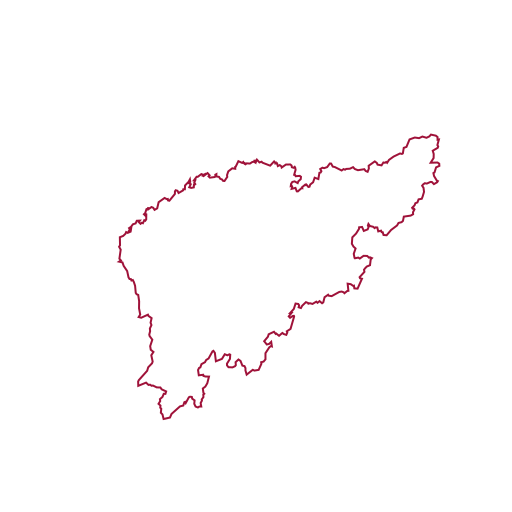 Monaghan Lea-7, Monaghan, Ireland (Equal Earth projection), rotated 296°
{"feature_id": "5873133B95060557510976", "entity_name": "Monaghan Lea-7", "entity_type": "district", "adm_level": 2, "iso_a3": "IRL", "parent_name": "Ireland", "parent_adm1": "Monaghan", "projection": "equal_earth", "projection_center": [-6.973, 54.288], "detail": "fine", "context": "isolated", "style": "outline", "palette": "rose", "viewbox_px": 512, "rotation_deg": 296, "n_neighbors": 0, "source": "geoboundaries", "source_scale": "gbopen_adm2", "svg_char_len": 6126}
<svg xmlns="http://www.w3.org/2000/svg" viewBox="0 0 512 512"><g transform="rotate(296 256 256)"><path d="M401.7,386.5L403.0,386.6L402.9,385.7L405.9,381.0L408.3,379.1L409.4,379.8L414.6,379.0L417.4,381.3L419.3,380.2L419.6,378.2L416.4,372.1L421.9,372.7L425.6,371.0L428.1,368.7L432.9,371.9L434.4,371.7L435.2,370.4L440.9,369.3L440.1,368.2L442.5,367.0L443.0,364.9L441.8,360.0L439.5,359.4L437.0,357.4L436.3,353.2L433.4,350.9L432.1,346.8L428.1,342.9L420.0,343.4L418.0,341.4L412.6,343.0L411.7,342.4L411.3,340.5L405.7,336.1L400.7,333.4L397.2,333.0L397.6,331.8L396.3,331.0L395.9,329.5L392.5,329.1L391.4,325.2L392.6,323.8L393.1,321.3L386.5,317.7L384.1,319.1L380.6,319.4L380.5,317.3L381.5,315.3L377.8,310.0L377.5,306.7L378.4,304.3L375.6,302.1L373.8,298.9L372.6,298.2L372.5,296.6L370.4,295.5L370.5,287.8L370.0,285.8L372.0,283.0L371.5,281.8L367.1,281.0L364.8,278.7L364.5,277.0L362.3,275.6L360.9,277.6L359.4,277.5L358.6,276.5L352.5,278.3L352.1,274.4L347.3,275.0L344.0,273.4L341.7,273.7L341.0,272.8L342.3,270.0L341.6,269.7L341.8,269.0L338.1,267.3L337.2,267.9L337.0,267.2L332.4,265.3L332.0,264.3L334.5,261.6L332.0,258.6L334.1,258.2L334.8,257.3L334.1,256.6L336.3,255.9L338.5,256.2L340.0,258.0L339.8,261.5L341.6,261.3L344.7,262.5L346.9,261.7L347.2,260.2L345.1,256.7L345.9,255.7L345.7,254.7L350.8,253.8L352.7,252.4L353.1,251.7L351.8,251.2L351.5,249.3L352.9,248.3L353.3,246.7L351.3,242.8L346.8,240.3L347.7,239.6L348.1,237.5L346.4,236.2L348.5,234.3L347.7,233.0L348.7,232.7L348.3,231.9L348.9,230.8L343.4,229.1L342.7,220.9L343.2,219.7L341.6,218.1L343.0,214.6L341.1,214.7L341.6,213.8L341.0,212.9L339.7,214.0L339.8,212.8L338.9,211.5L336.4,210.0L335.2,207.0L333.8,206.4L333.8,205.4L334.6,204.9L334.1,203.8L334.8,203.3L333.6,202.6L333.5,198.6L327.2,198.6L326.2,197.7L326.6,198.4L325.3,199.1L324.4,196.2L319.9,194.0L316.0,194.5L314.5,195.5L309.6,194.8L309.1,193.5L309.9,191.9L309.7,190.0L310.9,188.1L310.1,185.4L312.2,184.5L311.2,183.8L309.9,184.6L308.9,184.3L306.2,180.2L306.8,178.4L308.2,178.9L309.3,176.1L304.8,173.8L304.9,173.2L306.0,173.3L305.1,172.6L305.8,172.2L305.7,171.0L301.6,168.9L301.2,167.9L296.9,167.1L297.4,168.2L295.0,168.3L294.0,169.9L293.3,169.6L293.8,168.9L293.0,168.9L290.4,170.0L288.8,167.9L288.5,165.9L291.9,165.9L292.0,164.1L293.8,164.4L295.9,163.0L293.1,162.9L288.3,161.3L284.8,162.8L284.1,161.4L283.0,161.7L278.7,158.8L280.2,156.8L279.9,155.0L278.6,154.8L276.2,155.9L267.7,153.9L267.4,152.6L268.6,151.7L268.0,150.9L268.1,148.4L261.7,144.9L255.5,146.3L253.0,144.6L254.3,142.5L254.2,140.6L250.9,138.8L252.6,137.9L251.1,138.0L250.1,137.0L246.0,137.6L244.4,137.0L243.8,138.7L245.3,138.5L245.4,139.1L240.7,141.3L239.1,141.0L239.2,139.9L235.9,140.0L235.8,138.8L234.3,138.1L235.1,135.8L236.9,136.1L235.4,133.4L232.5,133.5L230.6,131.5L228.2,131.0L226.0,131.7L226.8,130.5L225.4,129.7L224.7,130.9L223.0,130.8L224.2,132.2L222.9,132.6L220.5,130.5L220.6,128.8L218.7,128.9L215.8,127.8L213.2,125.4L206.0,129.1L204.3,128.9L202.4,131.6L193.7,134.4L192.8,136.5L190.9,135.4L191.7,138.8L189.1,141.4L186.0,146.8L180.9,150.8L179.9,152.4L180.4,153.7L179.4,154.8L180.4,155.8L179.0,157.7L176.2,160.4L170.1,164.1L169.3,165.5L169.4,167.2L164.1,170.8L157.7,173.8L152.6,177.6L149.7,177.3L150.2,179.9L155.9,184.6L155.0,185.6L154.4,189.4L149.8,190.5L148.1,192.3L144.3,192.4L142.0,193.8L138.6,194.5L137.4,195.5L135.3,199.5L128.6,200.4L125.6,202.5L124.8,205.9L120.9,205.4L115.8,209.4L114.0,209.6L108.7,207.9L105.1,208.5L93.1,205.1L91.5,205.1L87.7,207.1L94.0,212.7L93.0,215.9L93.9,217.2L93.6,219.1L94.4,220.1L94.4,224.4L95.9,227.7L94.8,229.7L94.9,234.6L92.4,235.0L91.7,233.5L88.3,233.7L85.2,232.4L83.6,233.5L80.4,233.2L79.7,235.7L77.7,236.4L77.2,237.8L73.4,239.2L72.6,241.4L69.0,244.4L73.1,249.5L77.0,249.3L87.5,253.6L89.7,256.2L93.2,255.7L93.8,256.2L93.0,257.3L99.6,257.6L100.6,258.4L101.2,260.1L99.8,261.2L99.3,264.1L96.1,265.3L94.2,267.7L94.4,270.2L95.9,271.1L96.7,272.8L99.6,270.7L102.3,270.8L103.3,270.1L106.1,270.6L108.3,269.4L109.5,269.9L110.0,268.7L113.6,266.3L116.4,267.7L120.3,268.0L127.0,266.6L125.5,263.4L125.2,261.3L126.1,260.6L123.7,256.9L128.1,253.9L130.4,253.9L131.5,254.8L134.9,254.4L138.2,256.7L140.7,256.8L143.1,258.3L151.2,258.7L152.1,259.3L150.9,261.5L143.8,266.1L148.6,270.5L154.0,271.0L154.2,273.8L156.0,275.2L156.0,276.1L152.1,277.7L146.5,277.1L145.0,277.9L144.0,280.0L145.6,283.7L147.8,285.5L149.1,285.7L151.6,284.2L155.3,285.6L154.9,288.1L151.5,291.8L152.0,293.9L150.6,295.7L148.5,296.7L145.3,299.6L152.3,303.0L152.3,304.8L154.8,308.3L161.5,308.1L162.8,307.2L164.4,309.1L167.3,309.8L172.8,307.1L179.8,308.0L181.6,308.9L181.7,309.9L185.5,307.3L182.7,306.3L181.2,304.5L183.0,300.7L188.7,302.1L191.2,301.7L195.8,305.4L194.6,307.8L195.2,308.1L194.4,311.7L198.2,313.3L198.7,312.8L198.0,314.9L198.4,317.8L200.9,317.7L201.8,316.7L205.6,319.0L218.3,316.8L218.8,316.3L218.3,315.4L215.4,313.7L216.1,311.9L220.4,312.9L219.8,311.7L225.0,313.2L230.6,312.4L231.4,315.0L230.6,316.4L228.6,316.8L228.9,319.2L231.5,319.3L236.4,321.1L236.6,323.4L236.1,324.0L237.2,325.2L237.7,327.8L241.4,330.2L240.9,331.8L243.3,332.9L242.5,336.1L243.8,336.8L249.0,335.7L252.8,337.8L252.2,338.7L253.1,341.6L260.2,346.6L261.6,348.6L261.8,350.7L261.3,351.8L264.5,353.3L265.2,354.3L271.3,350.5L272.2,353.5L271.7,356.7L272.2,357.1L270.0,358.6L271.2,361.6L282.0,361.2L281.6,359.3L282.4,358.4L289.3,360.4L291.0,359.1L292.6,359.4L295.1,360.2L297.7,362.5L303.2,360.6L304.9,361.1L304.8,359.0L304.0,358.4L304.8,355.9L303.3,352.6L299.2,350.4L299.4,348.6L297.3,345.9L297.5,345.4L300.8,342.9L306.4,342.2L307.2,339.5L309.0,336.8L315.0,334.4L320.0,336.1L325.6,336.7L327.0,336.1L328.6,338.6L325.8,341.9L328.9,344.7L331.4,344.5L332.4,343.2L334.1,343.0L332.9,345.2L333.6,348.4L333.1,350.4L334.1,350.8L334.8,352.5L331.7,355.1L333.6,357.3L332.5,358.5L332.9,359.5L330.8,361.4L331.9,364.3L338.6,366.0L345.3,369.4L348.2,369.6L350.2,372.0L352.0,372.7L356.2,371.6L360.1,377.3L362.4,378.9L364.2,377.9L367.4,378.0L367.8,377.3L367.2,376.0L367.8,375.2L371.1,376.3L373.3,376.1L374.9,377.6L378.2,377.3L380.1,379.9L382.5,379.7L387.3,378.9L390.7,376.7L392.0,374.5L393.5,374.8L395.4,375.8L396.0,377.8L399.1,380.4L399.6,381.6L398.6,384.4L401.7,386.5Z" fill="none" stroke="#9f1239" stroke-width="2"/></g></svg>